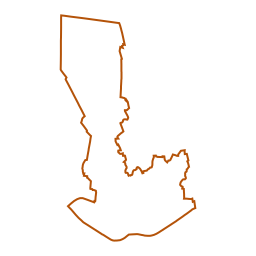 the district of Huyen Cai Lay, Tiền Giang, Vietnam
{"feature_id": "81297802B21182108853425", "entity_name": "Huyen Cai Lay", "entity_type": "district", "adm_level": 2, "iso_a3": "VNM", "parent_name": "Vietnam", "parent_adm1": "Tiền Giang", "projection": "equal_earth", "projection_center": [106.102, 10.405], "detail": "fine", "context": "isolated", "style": "outline", "palette": "amber", "viewbox_px": 256, "rotation_deg": 0, "n_neighbors": 0, "source": "geoboundaries", "source_scale": "gbopen_adm2", "svg_char_len": 5863}
<svg xmlns="http://www.w3.org/2000/svg" viewBox="0 0 256 256"><path d="M68.0,206.2L69.1,207.4L71.2,209.5L74.1,212.9L75.9,215.0L78.7,218.0L81.3,220.3L82.9,221.9L83.5,222.4L100.9,233.5L102.2,234.4L103.2,234.8L106.0,236.6L110.3,239.3L111.2,239.8L112.8,240.4L114.2,240.6L117.2,240.5L117.9,240.4L119.9,240.2L121.5,239.6L123.0,238.9L124.7,237.9L127.4,235.7L127.8,235.4L128.3,235.0L129.0,234.5L130.1,234.5L131.7,234.4L137.1,234.1L138.6,234.3L141.4,234.9L143.2,235.2L144.8,235.6L147.8,235.8L150.1,235.8L151.7,235.5L153.9,234.9L156.4,233.8L158.8,232.4L176.4,221.0L176.7,220.7L182.6,216.6L184.6,215.1L186.7,213.7L191.4,210.2L192.4,209.3L192.7,209.2L194.7,208.3L195.3,208.1L194.8,204.7L194.3,201.2L192.8,201.8L192.3,198.6L191.8,198.8L191.1,199.0L190.5,199.0L188.8,198.9L187.0,198.7L185.9,198.7L184.0,198.7L184.2,197.6L184.1,195.9L184.1,194.3L184.1,194.0L184.0,192.9L183.9,190.7L183.8,188.9L182.2,188.6L182.4,187.8L182.7,187.3L182.7,187.1L182.7,186.9L182.6,186.7L182.0,186.4L181.1,186.0L180.1,184.8L180.2,184.4L180.4,183.2L180.7,182.3L181.1,181.7L181.8,180.7L182.8,179.6L183.4,179.3L184.1,179.3L184.9,179.3L185.4,178.8L185.6,178.6L185.8,178.4L185.8,178.1L185.8,177.5L185.7,177.2L185.6,176.9L185.2,176.2L185.1,175.5L185.2,174.7L185.1,173.3L185.3,172.6L185.4,172.3L185.6,172.1L186.3,171.8L186.5,171.6L186.7,171.1L186.7,169.7L186.7,169.4L187.4,168.9L187.7,168.5L187.9,168.2L188.0,168.0L188.3,167.5L188.6,167.1L188.8,166.9L189.0,166.8L188.5,164.7L188.0,162.8L187.3,161.3L188.4,160.5L186.8,153.9L184.8,154.1L184.6,151.5L184.7,150.2L180.9,150.8L178.2,154.5L178.2,155.9L177.1,155.9L175.4,155.2L172.9,154.5L172.2,156.1L171.3,158.0L170.8,158.9L170.6,159.5L170.4,159.9L169.6,160.5L169.2,160.6L168.7,160.5L168.4,160.5L167.2,162.4L165.8,161.1L165.2,160.5L165.1,160.3L164.9,160.0L164.8,159.8L164.7,159.5L164.6,158.7L164.3,156.4L162.5,156.3L162.4,157.1L157.4,156.9L156.9,156.6L156.2,156.5L155.9,155.6L153.7,155.7L153.8,156.5L153.8,157.0L153.8,157.3L153.6,157.8L153.1,159.0L152.6,160.7L152.5,161.3L152.4,162.0L152.4,163.6L152.4,164.2L152.3,165.4L152.2,165.7L151.9,166.6L151.7,167.3L151.1,167.5L150.2,167.5L149.1,168.7L147.9,169.3L146.8,170.6L145.7,170.8L144.3,171.0L143.3,171.3L143.4,173.0L142.4,173.3L141.6,171.4L140.7,169.8L139.9,168.6L139.2,168.0L138.3,167.3L137.7,167.1L137.4,167.2L137.1,167.3L136.7,167.9L136.6,168.1L136.6,168.4L136.7,168.7L136.7,168.9L136.6,169.1L136.4,169.3L136.1,169.4L135.8,169.5L135.6,169.8L135.3,170.0L134.8,170.1L134.4,170.1L134.0,170.2L133.7,170.3L133.4,170.7L133.2,171.0L133.0,171.4L132.9,171.8L132.7,172.4L132.5,173.5L132.3,174.3L132.3,174.5L132.1,174.8L131.9,174.9L131.6,175.0L131.4,175.0L131.1,175.1L131.0,175.3L130.6,175.5L130.4,175.2L129.9,175.3L129.2,175.5L128.9,175.5L128.6,175.7L128.4,175.4L128.1,174.1L127.8,173.3L127.6,173.0L127.4,172.9L127.2,172.8L126.6,172.8L126.3,172.8L126.1,172.9L125.8,172.9L125.6,172.7L125.4,172.2L125.4,171.5L125.4,171.1L125.4,170.4L125.6,169.9L126.2,168.6L126.6,168.1L126.6,167.2L126.6,166.9L126.5,166.7L125.9,165.6L125.6,165.2L125.4,164.8L125.3,164.5L125.3,164.2L125.3,163.7L125.2,163.4L125.1,163.1L125.0,162.9L124.8,162.6L124.7,162.4L123.8,162.0L124.7,161.1L125.5,160.6L126.0,159.8L125.9,159.4L125.8,159.1L125.8,158.7L125.7,158.3L125.3,157.3L125.2,156.5L125.2,156.3L125.1,156.0L125.0,155.7L124.9,155.6L124.7,155.5L124.4,155.6L124.1,155.7L123.8,155.8L123.6,155.8L123.0,155.8L122.8,153.3L122.3,153.5L121.0,153.9L120.3,153.9L119.7,153.6L119.0,152.8L118.4,152.4L118.3,152.1L118.2,151.6L118.3,150.6L119.4,150.4L120.8,150.3L120.1,148.2L118.2,144.5L117.4,145.0L115.7,141.6L115.6,141.3L115.5,138.8L118.3,138.6L117.5,137.4L117.4,137.2L117.4,136.9L117.4,136.7L117.8,136.0L119.3,134.7L120.8,133.4L122.6,132.1L123.4,131.4L121.9,127.3L120.4,123.4L120.4,123.0L120.5,122.9L121.1,122.7L121.8,122.6L122.2,122.4L122.3,122.3L122.6,121.9L122.9,121.4L123.0,120.5L123.2,120.2L123.4,119.8L123.7,119.6L124.1,119.4L124.4,119.3L124.9,119.3L125.7,119.3L126.4,119.5L127.0,119.7L127.3,119.7L127.5,119.5L127.9,118.4L128.2,117.8L128.0,116.9L127.3,115.4L125.0,111.2L124.9,110.8L124.9,110.2L126.1,110.2L126.7,110.2L126.8,110.1L127.2,109.9L127.5,109.6L128.3,108.8L128.9,108.3L129.1,108.1L128.4,105.3L128.2,104.2L127.8,102.0L126.2,99.6L126.1,99.8L126.0,100.0L125.8,100.3L125.8,100.5L125.4,100.1L125.3,99.8L125.2,99.1L125.1,98.7L124.8,98.3L124.5,98.1L122.5,97.6L122.4,97.5L120.5,97.2L120.6,95.6L120.7,93.6L121.0,88.5L121.0,86.2L121.1,84.9L121.3,81.2L121.3,80.4L121.4,79.5L121.5,78.5L121.5,72.1L121.4,71.3L121.4,69.3L121.4,64.2L121.3,59.3L121.9,58.9L119.6,51.1L120.3,47.0L122.7,47.8L122.2,46.6L122.0,45.9L123.5,45.1L123.3,44.3L124.7,44.7L124.5,43.9L123.8,40.6L122.5,34.7L122.1,32.9L121.3,30.0L121.1,29.0L120.6,27.3L120.1,25.5L119.2,23.1L116.1,22.7L109.7,21.8L84.0,18.3L77.6,17.5L71.1,16.7L64.7,15.8L61.2,15.4L61.1,17.6L61.1,19.8L61.1,21.9L61.1,22.9L61.1,25.3L61.1,25.8L61.1,27.4L61.0,37.5L60.9,40.4L60.9,43.3L60.9,46.1L60.9,48.9L60.9,51.7L60.9,54.5L60.8,63.0L60.7,68.7L60.7,69.6L61.1,70.4L63.4,73.5L65.9,76.7L66.5,77.5L65.6,79.2L65.9,79.9L68.3,84.4L69.7,87.1L72.6,92.7L73.5,94.5L78.1,103.3L79.1,105.4L79.9,106.9L81.5,109.9L82.5,111.9L84.7,116.2L84.0,116.8L82.8,117.9L82.4,118.5L82.2,118.9L81.9,120.3L81.5,121.7L81.1,122.7L83.6,125.9L86.8,130.3L87.0,130.7L86.9,131.1L86.7,131.7L89.3,134.4L90.1,135.2L91.0,136.0L90.5,138.6L90.1,141.6L88.7,149.0L88.6,150.0L87.5,156.1L86.9,159.9L85.3,160.1L83.6,162.9L83.0,164.4L82.7,165.9L82.6,167.2L82.3,168.3L82.7,169.9L82.8,170.1L82.8,171.4L83.3,173.7L84.3,173.5L83.9,175.8L87.2,176.2L87.2,176.6L87.1,177.7L87.9,178.1L88.8,179.1L90.9,181.2L90.3,188.0L90.4,188.9L90.8,189.0L92.2,189.1L92.7,190.0L93.6,189.9L95.8,190.7L95.9,190.8L95.9,191.2L95.9,191.5L96.1,192.1L96.1,192.5L96.1,193.0L96.0,193.4L95.9,194.6L95.6,197.0L95.5,198.6L95.4,200.0L95.2,201.2L94.4,201.0L94.1,202.3L87.7,199.9L84.6,198.8L82.6,198.1L80.2,198.1L78.7,198.6L77.1,199.2L74.1,201.0L70.9,203.6L68.0,206.2Z" fill="none" stroke="#b45309" stroke-width="2"/></svg>